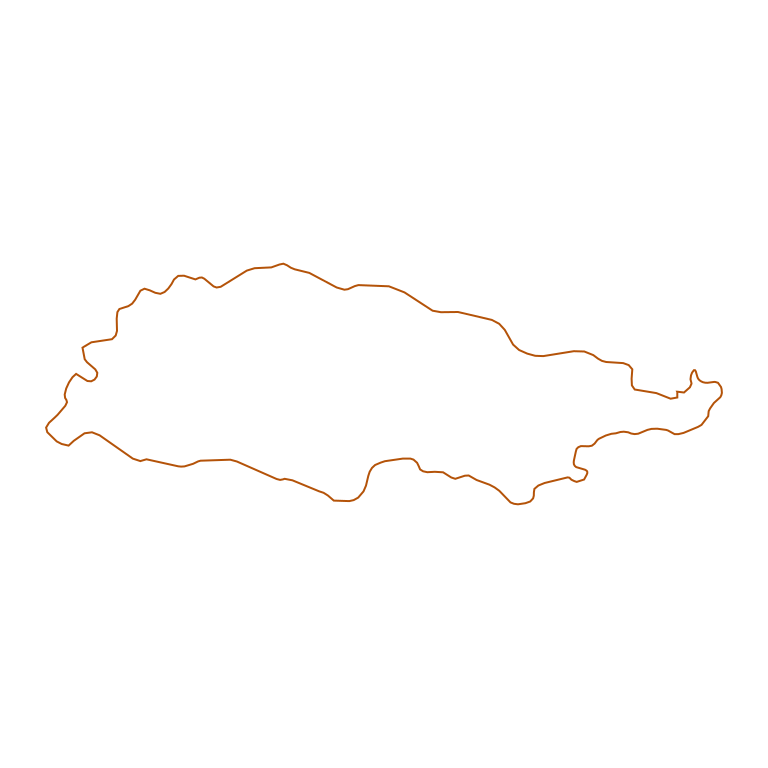 outline of Talas
{"feature_id": "KGZ-1121", "entity_name": "Talas", "entity_type": "Region", "adm_level": 1, "iso_a3": "KGZ", "parent_name": "Kyrgyzstan", "parent_adm1": "", "projection": "equal_earth", "projection_center": [72.41, 42.447], "detail": "fine", "context": "isolated", "style": "outline", "palette": "amber", "viewbox_px": 768, "rotation_deg": 0, "n_neighbors": 0, "source": "natural_earth", "source_scale": "10m", "svg_char_len": 3000}
<svg xmlns="http://www.w3.org/2000/svg" viewBox="0 0 768 768"><path d="M670.6,398.7L677.3,397.5L677.3,391.9L677.2,391.7L677.3,391.7L684.0,392.5L689.9,387.3L691.5,383.7L691.3,382.4L690.9,381.0L690.5,379.2L691.0,375.4L692.1,372.6L693.9,370.2L695.0,370.2L695.8,371.4L697.3,376.7L697.9,378.2L698.7,379.4L699.7,380.4L701.2,381.4L702.9,382.2L705.2,382.7L707.5,382.8L714.3,381.9L715.4,382.0L718.0,382.8L721.0,387.0L721.6,389.2L721.9,392.9L721.3,395.3L720.3,397.2L713.9,403.0L710.1,408.4L708.7,411.1L708.2,416.2L701.5,424.9L698.0,426.9L683.6,432.9L678.5,434.1L674.5,434.1L668.0,430.5L666.2,429.9L657.2,428.7L651.5,428.9L647.4,429.9L638.2,433.7L634.6,434.1L631.1,433.5L628.2,432.3L623.8,431.7L620.4,432.0L615.9,433.3L611.4,433.8L605.8,435.5L599.1,438.7L598.2,439.3L597.2,440.2L594.6,443.6L591.9,445.7L588.7,446.3L580.9,446.1L578.3,447.2L576.6,448.9L575.9,451.3L573.9,460.5L573.7,462.2L573.9,464.3L574.8,465.9L576.2,467.1L585.0,469.7L586.0,470.3L586.9,471.0L587.3,471.9L587.3,473.1L586.7,474.7L584.1,479.5L576.7,481.9L574.3,481.1L571.4,479.7L569.4,477.7L567.6,477.4L544.6,483.0L538.4,485.5L534.4,488.9L533.9,492.3L533.8,495.7L533.1,498.4L530.2,501.5L525.4,503.2L518.0,504.3L514.0,503.8L510.5,502.4L499.3,490.8L494.6,487.4L489.5,484.7L476.6,480.0L468.7,475.5L464.9,475.7L455.3,478.8L451.3,477.5L443.1,472.3L434.8,471.8L427.3,472.2L423.1,471.3L420.1,469.4L418.8,466.3L417.1,462.8L413.5,459.6L410.4,458.6L402.8,458.6L384.9,461.2L380.7,462.6L375.1,465.0L372.0,467.9L369.7,471.7L368.3,475.9L366.0,485.6L363.5,491.4L358.2,497.6L353.7,500.1L349.3,501.1L333.8,500.6L327.9,495.5L323.6,492.8L319.1,491.3L292.4,480.3L284.6,478.8L282.9,479.4L280.1,479.9L276.6,479.0L236.9,461.5L230.3,459.7L200.6,460.7L198.1,461.4L193.1,463.8L184.5,466.4L181.1,466.6L178.2,466.3L146.5,459.3L140.6,461.0L140.4,461.1L132.8,458.6L99.6,435.3L92.0,432.3L84.5,433.3L73.8,440.8L68.6,445.6L61.7,444.0L56.7,441.4L47.3,432.2L46.1,427.6L49.0,422.8L54.8,417.5L57.5,414.9L65.3,405.8L67.0,402.2L66.4,400.0L65.1,397.9L64.7,394.5L66.2,388.5L69.0,382.4L72.5,377.2L76.1,373.9L87.4,381.0L91.2,381.3L94.5,379.6L96.8,376.5L97.3,372.8L95.3,369.4L87.0,362.2L84.7,359.2L82.5,347.6L91.4,342.3L112.0,339.2L115.7,335.5L117.0,330.9L116.7,318.6L117.4,312.1L119.4,309.0L128.4,306.1L132.2,303.6L135.2,299.7L140.4,290.7L144.5,288.7L149.7,290.3L155.3,292.8L160.4,293.8L164.6,292.0L168.3,288.5L171.5,284.1L174.0,279.5L178.2,275.9L184.0,275.7L195.4,279.4L199.4,277.7L201.9,277.5L204.3,278.7L213.6,286.4L216.6,287.5L220.7,286.8L246.8,270.6L254.6,268.2L271.3,267.4L279.5,264.5L283.4,263.7L287.1,265.3L290.8,267.7L294.7,269.3L309.3,272.9L336.7,287.5L344.4,289.7L347.9,289.2L354.8,286.1L358.4,285.1L388.9,286.3L404.5,292.4L432.6,310.7L440.9,312.2L458.0,312.0L491.8,319.9L499.2,323.8L504.8,329.9L513.1,344.6L519.1,350.0L527.2,353.6L535.2,355.8L543.3,356.1L573.8,351.2L584.3,351.5L593.3,355.1L598.1,358.7L602.0,360.9L606.2,362.0L623.2,363.1L628.7,365.1L632.3,369.3L631.6,378.7L631.9,385.4L634.7,389.5L656.4,393.1L670.6,398.7Z" fill="none" stroke="#b45309" stroke-width="2"/></svg>